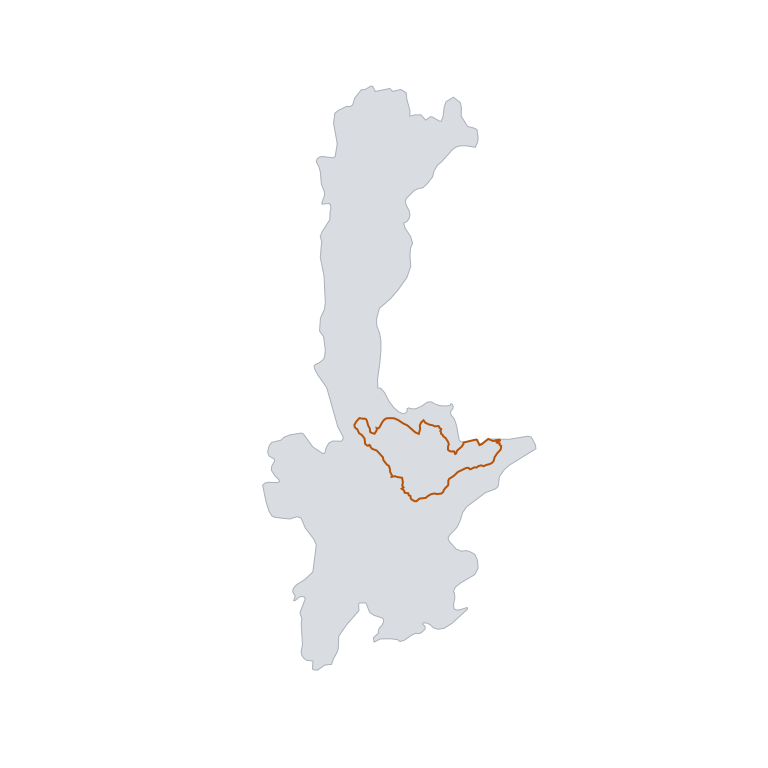 Vientiane highlighted on a map of Laos, rotated 217°
{"feature_id": "LAO-3284", "entity_name": "Vientiane", "entity_type": "Province", "adm_level": 1, "iso_a3": "LAO", "parent_name": "Laos", "parent_adm1": "", "projection": "natural_earth1", "projection_center": [102.396, 18.611], "detail": "medium", "context": "in_parent", "style": "outline", "palette": "amber", "viewbox_px": 768, "rotation_deg": 217, "n_neighbors": 0, "source": "natural_earth", "source_scale": "10m", "svg_char_len": 5628}
<svg xmlns="http://www.w3.org/2000/svg" viewBox="0 0 768 768"><g transform="rotate(217 384 384)"><path d="M289.2,120.6L292.1,126.6L305.9,142.8L308.3,147.2L313.4,150.6L317.6,165.1L319.4,165.9L321.7,164.9L323.4,162.9L324.8,157.3L325.8,156.7L327.3,161.3L331.2,162.7L332.9,164.7L333.4,168.2L332.8,171.8L329.6,180.0L327.7,191.0L341.2,214.7L346.9,217.9L360.3,221.7L369.5,227.0L373.7,225.7L377.7,219.8L382.6,216.6L391.6,211.5L394.3,211.2L399.3,213.2L407.5,219.1L420.0,230.1L419.6,233.1L417.3,235.9L410.7,240.3L408.6,243.1L409.9,244.2L415.4,244.9L422.0,247.3L424.0,250.3L425.1,256.8L426.3,258.0L432.3,257.3L434.2,258.2L436.4,260.3L438.6,265.8L438.5,269.9L432.5,277.1L431.8,281.4L428.7,286.5L420.5,295.1L418.3,295.6L403.0,290.9L390.8,291.6L389.8,293.4L391.9,298.6L392.5,303.7L390.6,307.6L383.6,312.7L383.4,314.9L384.8,317.2L395.0,321.9L427.5,346.6L442.3,351.4L448.9,354.5L450.6,356.3L450.5,358.4L448.8,361.2L447.4,366.0L447.4,369.0L448.9,371.8L451.5,376.0L460.7,385.4L467.4,387.6L474.4,398.4L476.5,407.8L480.0,413.9L497.0,434.3L511.1,446.8L519.6,460.4L523.7,463.4L525.0,468.3L526.2,482.6L531.1,489.7L532.2,492.5L534.3,494.7L536.6,495.1L541.6,490.4L542.6,491.1L544.9,498.6L546.9,501.4L554.4,506.0L562.4,515.0L566.7,518.3L572.1,520.9L572.8,523.8L571.9,526.7L570.2,528.6L561.0,533.8L559.8,536.1L565.9,547.7L581.3,562.0L586.2,570.6L585.2,574.8L581.0,583.1L577.8,585.4L577.0,588.0L579.4,594.8L579.2,605.3L576.3,607.9L573.6,614.3L571.7,614.8L567.0,612.4L557.2,623.5L553.0,623.0L548.0,629.2L541.7,630.0L537.3,625.3L527.8,617.9L524.5,613.3L521.5,617.3L516.6,621.1L509.6,619.8L507.8,625.3L506.4,626.3L498.0,627.3L496.4,628.2L497.8,633.2L502.8,641.8L504.3,646.7L501.2,654.8L492.5,654.6L488.5,651.3L483.6,644.4L472.3,640.0L464.9,643.0L462.6,642.9L456.9,637.2L454.8,633.4L453.5,628.0L462.1,623.5L466.4,620.1L469.2,616.4L470.4,612.5L471.7,596.6L473.0,591.0L472.2,584.1L469.9,578.7L469.9,570.5L471.1,564.0L474.3,560.7L476.5,555.9L477.9,545.3L476.8,542.6L473.6,540.0L468.2,537.5L464.8,534.4L463.4,530.6L463.5,527.3L465.2,524.4L461.1,521.2L451.3,517.7L445.8,513.5L444.7,508.6L440.6,502.2L433.5,494.2L429.8,482.8L429.4,467.8L430.2,455.7L433.2,441.6L429.1,431.4L424.6,426.0L418.3,422.1L412.3,416.4L406.7,409.0L399.9,398.1L391.9,383.7L386.6,377.2L383.9,378.7L378.2,377.4L369.5,373.2L361.9,371.0L355.4,370.6L351.2,371.6L349.2,373.8L349.1,376.0L350.7,378.1L349.9,379.8L346.5,381.0L343.7,383.4L340.7,388.7L338.5,395.6L335.3,398.3L330.4,398.8L325.5,400.8L320.7,404.2L318.4,406.7L318.7,408.5L317.6,408.9L315.3,407.9L314.2,405.6L314.3,402.0L311.8,399.6L306.8,398.4L301.1,394.5L290.2,384.5L287.7,384.1L284.1,386.7L279.4,392.2L275.6,394.4L272.5,393.3L270.2,395.3L268.5,400.4L265.5,404.4L250.8,415.1L237.6,429.0L234.3,430.2L226.3,426.4L223.7,423.7L234.8,395.3L236.4,388.4L236.1,379.3L231.5,371.7L231.3,369.5L232.0,367.1L237.6,358.3L244.1,335.7L243.8,328.6L241.0,320.8L239.4,313.5L240.7,303.5L240.2,299.6L237.2,297.6L227.1,295.6L221.3,297.2L218.6,300.0L215.2,301.7L208.9,302.6L202.9,299.2L198.0,293.5L196.8,286.4L203.1,271.3L204.6,265.4L204.5,262.7L203.4,259.8L201.9,259.4L198.7,255.8L195.6,249.5L192.7,246.6L189.9,247.2L187.3,249.6L183.1,255.5L181.8,254.7L185.6,233.8L189.1,224.9L193.2,220.7L197.5,219.0L202.1,219.6L205.9,218.9L209.0,216.7L208.7,215.4L205.1,215.1L203.7,212.7L204.4,208.3L206.1,205.4L208.6,204.1L211.0,199.6L213.4,191.9L216.2,188.0L219.6,187.9L225.3,184.6L233.5,178.2L236.6,171.9L239.7,174.8L238.5,182.0L240.1,183.6L240.9,186.2L240.4,190.2L241.1,193.7L242.3,195.3L244.1,196.2L252.8,193.2L258.0,193.0L266.7,198.3L271.8,194.4L271.8,192.9L267.6,187.9L269.0,169.5L268.4,155.5L261.3,145.2L259.9,141.1L259.1,134.3L257.2,128.5L262.2,123.8L265.0,115.3L268.6,113.2L269.7,113.5L274.0,120.0L279.5,116.8L283.7,116.8L287.3,118.5L289.2,120.6Z" fill="#d9dde1" stroke="#a8b0b8" stroke-width="1"/><path d="M285.2,385.2L277.1,395.0L276.0,395.4L271.0,392.7L269.7,394.8L267.7,402.9L262.8,404.0L261.9,404.7L260.8,406.6L259.6,405.7L259.5,407.5L258.9,408.7L257.9,409.1L257.4,408.7L258.5,405.9L258.2,405.3L255.9,406.2L255.2,405.0L253.1,405.1L251.4,401.9L251.9,396.6L251.6,392.1L250.1,388.5L250.3,385.9L251.3,383.8L253.8,380.6L255.0,378.2L257.1,377.7L258.0,376.8L259.3,375.0L259.7,373.1L261.7,371.8L263.3,368.5L264.1,367.6L266.0,367.9L267.8,366.5L272.1,358.1L272.9,352.9L274.9,347.3L274.3,345.2L272.1,342.4L271.8,341.4L272.4,337.9L272.4,335.2L271.8,333.5L272.2,331.1L275.8,327.6L277.4,327.3L280.0,324.5L281.6,320.8L282.1,318.2L286.7,313.8L287.5,309.9L289.1,308.8L292.4,308.4L293.8,308.7L295.4,310.5L297.2,310.0L298.8,311.3L302.1,309.6L303.8,311.0L306.9,311.0L306.1,313.1L308.4,313.9L309.5,316.6L313.1,320.0L317.0,317.9L319.9,316.9L322.1,314.4L322.8,315.9L326.2,317.5L327.9,319.5L330.7,321.5L333.4,321.4L337.9,322.6L339.0,323.1L340.7,324.8L349.8,326.5L354.3,325.1L356.7,325.5L357.8,326.5L359.1,326.5L359.5,325.1L360.3,324.7L362.9,324.8L366.8,328.8L370.8,329.9L374.3,329.7L378.1,331.8L380.0,331.6L381.8,332.2L383.1,333.6L383.5,337.7L383.1,342.0L379.8,343.6L378.7,344.7L377.2,345.1L375.8,344.5L371.6,341.3L368.4,339.8L366.3,337.4L364.5,337.5L361.6,338.6L361.9,342.1L362.6,343.8L363.4,344.4L362.0,344.9L361.5,346.4L362.4,352.5L362.4,355.1L361.8,357.4L360.6,358.8L355.5,362.6L351.2,363.7L344.8,364.1L340.3,365.0L329.8,364.2L326.2,365.1L328.1,369.8L330.5,372.5L331.2,375.7L330.6,378.8L327.8,377.9L323.4,378.8L320.0,380.4L317.9,380.7L315.4,383.1L314.3,383.1L313.5,382.4L311.1,382.4L310.8,380.3L309.6,379.9L308.4,378.6L306.7,378.7L305.3,377.9L302.2,377.9L297.7,376.2L295.9,374.8L295.3,372.7L293.3,370.0L291.7,369.9L290.0,370.3L287.7,372.3L285.0,371.0L284.6,372.3L285.4,373.8L285.4,375.5L284.3,380.5L284.4,383.7L285.2,385.2Z" fill="none" stroke="#b45309" stroke-width="2"/></g></svg>